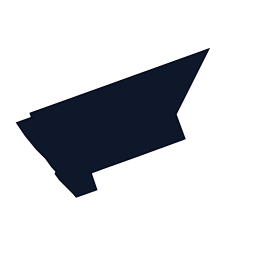 the district of Martin, Florida, United States of America, rotated 160°
{"feature_id": "52423323B2908823577252", "entity_name": "Martin", "entity_type": "district", "adm_level": 2, "iso_a3": "USA", "parent_name": "United States of America", "parent_adm1": "Florida", "projection": "natural_earth1", "projection_center": [-80.305, 27.11], "detail": "fine", "context": "isolated", "style": "filled", "palette": "ink", "viewbox_px": 256, "rotation_deg": 160, "n_neighbors": 0, "source": "geoboundaries", "source_scale": "gbopen_adm2", "svg_char_len": 459}
<svg xmlns="http://www.w3.org/2000/svg" viewBox="0 0 256 256"><g transform="rotate(160 128 128)"><path d="M78.3,98.5L78.4,124.5L25.3,174.5L103.1,174.8L115.9,174.8L208.2,175.2L208.4,175.2L214.8,175.2L214.8,170.8L230.7,170.9L227.0,156.2L221.2,139.6L215.6,127.6L212.8,117.7L210.3,111.7L210.6,111.3L211.9,109.8L209.8,102.6L201.7,85.2L200.2,81.0L178.6,80.8L178.2,98.5L166.4,98.6L128.3,98.4L78.3,98.5Z" fill="#0f172a" stroke="#020617" stroke-width="1.5"/></g></svg>